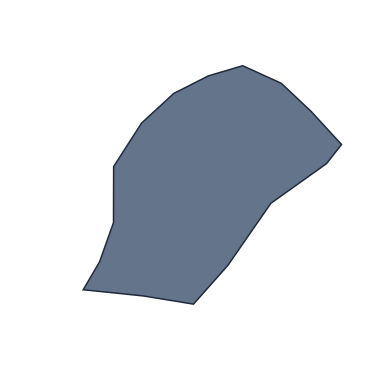 the district of Maratha, Cyprus, rotated 231°
{"feature_id": "46923920B5435388082406", "entity_name": "Maratha", "entity_type": "district", "adm_level": 2, "iso_a3": "CYP", "parent_name": "Cyprus", "parent_adm1": "", "projection": "orthographic", "projection_center": [33.779, 35.208], "detail": "fine", "context": "isolated", "style": "filled", "palette": "slate", "viewbox_px": 384, "rotation_deg": 231, "n_neighbors": 0, "source": "geoboundaries", "source_scale": "gbopen_adm2", "svg_char_len": 372}
<svg xmlns="http://www.w3.org/2000/svg" viewBox="0 0 384 384"><g transform="rotate(231 192 192)"><path d="M134.8,338.1L179.6,335.3L220.3,329.8L258.3,310.8L271.9,278.0L280.1,239.8L277.3,196.2L261.1,147.1L217.6,111.7L195.9,76.2L184.5,45.9L142.1,88.5L103.9,122.6L112.4,173.7L133.6,246.2L129.4,314.3L134.8,338.1Z" fill="#64748b" stroke="#1e293b" stroke-width="1.5"/></g></svg>